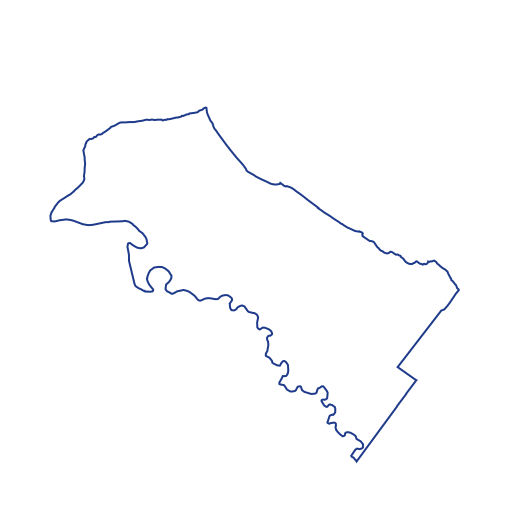 the district of Kiang West, Lower River, Gambia, rotated 37°
{"feature_id": "56634734B57370738255875", "entity_name": "Kiang West", "entity_type": "district", "adm_level": 2, "iso_a3": "GMB", "parent_name": "Gambia", "parent_adm1": "Lower River", "projection": "orthographic", "projection_center": [-15.997, 13.345], "detail": "fine", "context": "isolated", "style": "outline", "palette": "blue", "viewbox_px": 512, "rotation_deg": 37, "n_neighbors": 0, "source": "geoboundaries", "source_scale": "gbopen_adm2", "svg_char_len": 6092}
<svg xmlns="http://www.w3.org/2000/svg" viewBox="0 0 512 512"><g transform="rotate(37 256 256)"><path d="M89.2,337.6L98.4,334.9L102.6,332.8L104.4,331.6L107.2,329.0L115.5,319.5L118.2,317.4L118.8,316.3L119.7,315.7L127.4,309.5L129.2,307.9L130.1,306.8L133.9,305.1L138.1,304.7L139.0,305.1L142.3,305.1L145.5,305.6L147.5,306.2L151.7,306.1L156.4,307.4L158.2,308.3L161.5,311.2L161.8,312.1L161.3,316.7L159.7,318.9L158.3,319.8L155.9,320.9L152.1,321.4L147.6,321.5L146.9,322.0L146.3,323.1L147.8,326.0L153.8,331.5L157.6,336.4L175.8,351.4L177.8,352.5L179.6,352.5L181.9,352.3L184.6,351.7L188.1,351.3L188.2,350.8L189.5,350.8L190.8,349.7L192.8,348.4L194.6,346.6L194.6,345.5L194.0,344.6L190.0,343.7L187.1,342.8L184.0,341.0L182.4,339.7L182.4,338.8L181.7,337.9L180.6,334.1L180.2,331.2L181.6,326.4L182.5,325.7L184.3,323.7L187.4,321.5L189.4,320.9L191.0,320.7L194.6,320.7L194.1,320.9L195.2,320.7L200.3,322.6L201.7,324.6L202.1,327.2L202.1,329.2L201.4,332.8L203.0,335.9L204.1,337.2L206.5,337.7L208.5,337.2L210.8,337.0L211.7,336.8L213.0,334.8L214.2,331.8L218.6,326.7L222.0,325.3L224.7,324.7L230.5,324.7L233.2,325.2L235.4,325.9L236.7,325.9L237.7,325.6L238.6,325.0L241.0,320.6L243.3,318.3L246.2,316.6L249.3,315.1L251.3,313.5L251.6,312.8L251.8,311.1L252.5,308.7L254.0,306.7L254.7,306.0L256.1,304.9L257.4,304.3L258.1,304.2L261.4,304.2L262.3,304.5L263.0,305.1L263.4,305.6L263.6,307.1L263.6,309.8L266.7,313.1L269.0,314.0L271.2,312.7L271.9,311.4L272.3,310.3L272.2,308.1L273.3,305.6L274.6,303.9L277.1,303.2L282.7,305.0L284.0,305.0L287.4,303.5L288.7,302.8L289.8,302.4L292.5,302.4L294.7,303.8L296.9,308.4L300.0,312.2L301.8,312.7L303.2,312.4L304.5,309.1L306.1,308.0L309.2,307.1L311.3,306.7L313.6,307.0L315.6,308.3L315.9,308.9L315.7,310.0L315.3,311.2L314.6,311.5L313.9,312.8L313.9,313.7L314.3,315.1L316.1,316.7L317.1,317.0L319.3,319.5L320.4,321.4L321.0,322.8L322.2,324.9L322.6,327.9L323.5,329.4L324.1,329.8L327.7,329.2L329.1,329.4L332.0,330.2L333.3,331.4L335.5,331.2L338.8,330.5L341.0,329.3L341.0,328.2L340.7,326.9L340.7,324.4L341.1,323.4L342.1,322.7L344.0,322.7L347.1,323.8L350.6,327.9L351.9,330.2L351.9,330.8L352.2,331.2L352.3,332.1L352.2,333.7L351.2,334.7L349.9,335.5L349.6,335.9L350.2,338.1L350.8,343.0L351.8,344.2L352.4,344.1L356.1,342.3L357.3,342.6L361.1,344.0L364.8,343.6L366.8,342.1L368.3,340.4L368.6,339.3L368.0,335.4L368.7,334.4L369.8,333.4L370.7,333.5L373.5,335.4L376.5,335.4L383.0,333.0L385.3,331.1L386.3,329.9L386.5,328.9L386.2,327.6L385.8,327.0L385.2,324.4L386.2,323.1L386.9,320.6L388.0,319.7L389.5,319.9L393.4,321.0L394.7,321.6L395.6,322.2L398.2,326.4L398.4,327.1L397.9,328.7L397.1,329.7L395.8,330.4L395.2,331.7L395.6,332.4L396.2,332.7L400.4,334.3L402.9,334.2L403.7,333.4L403.7,331.7L404.0,330.5L404.7,329.8L405.2,329.8L406.8,329.2L409.8,329.2L411.1,330.1L413.3,333.1L413.4,333.8L413.4,335.6L413.2,336.5L412.6,336.6L411.3,338.4L411.1,338.9L411.1,339.7L413.3,346.1L414.6,346.1L415.5,345.8L415.9,344.9L418.3,342.3L419.4,341.7L420.6,341.8L421.9,343.3L422.5,344.9L424.9,346.8L425.7,346.8L426.5,347.2L428.8,347.6L431.6,347.9L433.9,347.7L434.6,346.6L434.8,345.7L434.0,344.2L433.9,343.2L435.2,341.5L437.7,340.3L441.7,339.8L442.9,339.8L444.5,340.1L445.6,341.1L446.5,341.6L451.1,341.0L454.9,342.0L456.6,344.6L456.6,345.5L455.9,346.6L455.5,347.1L455.2,347.8L452.5,349.1L451.9,351.0L452.3,358.3L453.5,358.7L454.8,358.4L455.8,358.4L457.3,358.9L458.4,358.9L460.0,359.6L459.2,291.6L459.0,291.0L459.0,275.6L458.8,275.4L458.8,258.7L458.5,258.8L436.0,259.5L436.8,188.1L438.5,185.4L438.9,180.8L438.9,176.8L438.3,165.8L438.5,161.2L438.2,160.9L437.8,160.7L435.9,160.6L433.4,158.9L432.6,158.9L428.2,157.7L426.6,157.7L425.3,156.6L424.8,156.6L420.1,154.4L418.2,153.2L414.9,153.0L412.7,153.3L409.5,153.3L407.1,153.0L405.0,153.0L404.0,152.4L401.1,152.4L399.8,154.2L399.7,154.6L398.7,155.1L397.8,156.6L396.9,156.8L397.2,157.3L397.2,158.5L397.1,159.5L396.5,160.5L395.1,161.0L394.8,161.3L394.9,161.7L394.2,162.6L393.2,162.7L391.6,163.5L387.6,163.5L387.0,164.4L387.0,165.0L386.6,166.3L386.0,167.0L385.6,168.3L385.0,168.9L383.0,170.1L379.6,170.7L378.8,170.4L378.0,170.4L375.3,169.5L372.1,169.5L371.5,169.0L370.8,169.0L369.5,169.5L368.2,169.5L367.2,170.6L365.3,170.9L363.1,170.9L361.7,171.2L360.7,171.8L360.4,173.4L359.5,174.7L358.8,175.3L355.9,176.2L354.2,176.0L353.0,176.5L351.0,176.5L349.7,176.0L347.5,175.9L342.0,174.0L341.0,174.0L339.5,174.5L337.6,175.6L329.0,176.0L329.0,176.6L328.7,175.4L327.8,174.6L327.8,173.9L327.1,173.5L326.4,173.5L323.8,174.1L323.8,174.5L320.1,176.4L313.9,177.7L312.1,178.2L307.6,178.6L305.6,178.6L304.5,179.0L301.2,179.0L296.0,179.4L290.4,179.6L283.9,180.2L279.7,180.2L278.6,180.4L276.8,180.4L276.8,180.0L264.3,180.1L255.8,179.9L249.1,180.1L245.9,180.0L242.8,180.3L238.4,181.7L238.1,182.5L236.6,183.0L231.4,183.0L231.6,184.1L229.8,186.1L228.3,187.4L226.0,188.7L223.6,189.6L220.9,190.0L214.2,191.5L208.1,192.6L205.9,192.6L198.7,193.6L196.9,193.4L195.6,192.5L190.3,190.9L181.1,189.1L172.2,186.9L164.8,184.9L153.2,181.4L147.7,179.6L146.7,179.5L144.7,178.6L141.4,176.2L138.1,175.3L131.6,171.7L130.0,170.4L127.2,167.5L126.5,167.7L125.6,169.0L125.3,170.1L125.1,171.4L123.1,174.3L123.1,175.4L122.7,176.5L120.2,179.2L117.0,182.3L117.0,183.2L115.4,184.7L115.2,185.2L113.4,188.2L112.5,188.5L112.3,189.8L110.0,192.7L109.1,193.3L105.1,198.2L103.8,199.5L102.9,200.0L102.6,201.1L101.1,202.2L99.9,203.9L98.6,203.9L95.9,205.9L93.0,208.6L90.8,209.6L89.6,211.0L88.1,212.1L86.5,213.0L83.6,216.6L80.6,219.5L78.2,222.3L74.3,225.2L71.4,227.8L67.4,230.9L66.5,232.5L64.7,236.9L62.5,240.2L62.6,241.1L61.7,244.4L60.4,248.4L59.7,249.7L59.7,250.8L59.2,251.9L58.1,253.1L57.5,253.3L56.6,254.8L56.5,255.7L56.5,257.2L55.2,258.4L55.2,259.5L55.0,260.3L54.3,261.4L52.7,262.6L52.0,265.7L52.0,267.5L52.5,268.2L52.5,269.1L52.9,270.2L53.4,270.7L53.6,271.3L54.5,275.5L59.8,280.4L61.4,282.4L64.0,285.1L66.0,288.5L68.7,292.4L70.4,295.6L72.4,297.6L73.1,299.1L73.5,301.4L73.1,305.1L72.6,308.6L71.7,312.4L71.7,313.5L70.6,318.6L69.9,319.9L66.2,329.9L65.8,332.1L65.7,337.9L66.0,338.5L66.2,341.7L66.6,345.0L67.7,347.7L70.2,350.6L71.5,351.4L73.7,350.1L75.1,348.8L77.6,345.7L82.5,340.9L86.1,338.9L89.2,337.6Z" fill="none" stroke="#1e3a8a" stroke-width="2"/></g></svg>